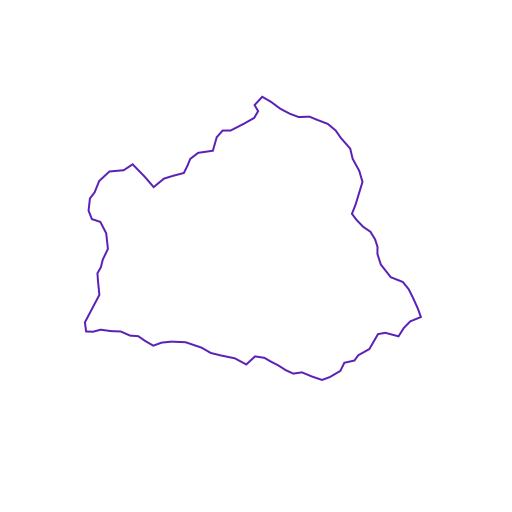 the district of Nova Canaã Paulista, São Paulo, Brazil, rotated 120°
{"feature_id": "56859067B96642600712533", "entity_name": "Nova Canaã Paulista", "entity_type": "district", "adm_level": 2, "iso_a3": "BRA", "parent_name": "Brazil", "parent_adm1": "São Paulo", "projection": "mercator", "projection_center": [-50.91, -20.369], "detail": "fine", "context": "isolated", "style": "outline", "palette": "violet", "viewbox_px": 512, "rotation_deg": 120, "n_neighbors": 0, "source": "geoboundaries", "source_scale": "gbopen_adm2", "svg_char_len": 1372}
<svg xmlns="http://www.w3.org/2000/svg" viewBox="0 0 512 512"><g transform="rotate(120 256 256)"><path d="M406.3,365.4L403.1,359.3L397.5,353.7L393.6,344.1L389.0,335.4L387.9,325.2L384.3,317.9L385.0,309.7L385.0,300.1L378.2,294.4L372.5,286.5L365.9,273.9L362.6,257.4L362.6,246.7L359.5,236.1L355.2,223.2L354.8,210.2L343.4,206.6L340.0,197.8L340.0,189.9L339.6,182.3L340.0,173.2L339.2,164.9L333.8,158.0L332.4,147.3L330.3,136.8L323.9,131.5L313.3,125.5L304.3,126.1L297.3,118.5L290.8,117.8L279.9,111.3L262.7,111.3L257.9,105.7L254.3,92.4L244.3,92.0L235.4,89.7L226.4,82.7L220.5,89.7L213.4,99.6L208.4,107.2L205.1,115.9L207.0,128.7L201.0,143.6L193.5,151.9L187.4,155.3L182.1,161.1L177.8,169.0L177.1,178.0L174.4,187.2L171.5,194.0L161.5,195.5L146.9,198.9L138.6,200.8L130.6,209.2L123.5,220.9L115.9,228.1L111.4,241.4L107.5,249.7L105.7,259.9L107.5,271.0L108.6,279.4L114.3,288.4L115.9,297.8L116.3,308.8L115.0,320.1L115.0,330.2L126.0,332.7L129.5,326.6L137.3,326.6L147.6,332.7L160.0,340.7L164.0,347.6L172.8,349.4L186.4,346.0L195.6,357.7L204.8,361.5L211.9,360.5L220.2,360.0L227.7,367.6L235.0,374.4L247.5,379.1L242.9,392.3L238.3,408.7L247.9,413.5L256.1,425.2L269.5,429.3L281.5,427.6L289.2,428.6L300.4,423.7L306.1,416.6L304.3,407.9L311.2,397.1L323.9,387.8L335.7,386.9L343.4,384.7L350.2,384.7L356.3,380.6L368.0,372.2L399.0,371.0L406.3,365.4Z" fill="none" stroke="#5b21b6" stroke-width="2"/></g></svg>